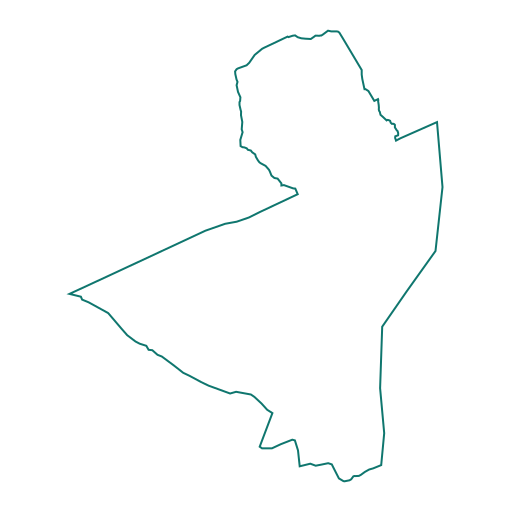 Tema West Municipal, Greater Accra, Ghana
{"feature_id": "2480657B69717792501029", "entity_name": "Tema West Municipal", "entity_type": "district", "adm_level": 2, "iso_a3": "GHA", "parent_name": "Ghana", "parent_adm1": "Greater Accra", "projection": "natural_earth1", "projection_center": [-0.066, 5.653], "detail": "fine", "context": "isolated", "style": "outline", "palette": "teal", "viewbox_px": 512, "rotation_deg": 0, "n_neighbors": 0, "source": "geoboundaries", "source_scale": "gbopen_adm2", "svg_char_len": 2259}
<svg xmlns="http://www.w3.org/2000/svg" viewBox="0 0 512 512"><path d="M69.5,293.9L80.9,296.7L82.1,299.6L88.6,302.3L108.2,313.1L121.6,328.8L127.2,335.2L135.5,341.5L139.7,343.7L146.3,345.8L148.6,349.8L152.3,350.2L157.5,354.8L161.8,356.5L174.3,365.8L183.2,372.8L189.5,375.8L201.2,382.1L208.7,385.7L230.1,393.5L236.1,391.8L250.9,394.5L254.4,396.9L261.5,403.5L267.2,409.8L272.4,413.1L259.7,446.7L262.0,448.3L272.0,448.3L280.8,444.2L292.3,439.7L294.9,440.4L298.0,450.4L299.7,466.3L310.3,463.7L315.7,465.7L321.4,464.6L328.2,463.2L331.8,464.4L333.4,467.6L338.9,478.4L343.4,481.1L344.5,481.3L349.5,480.3L351.2,479.3L353.3,476.4L354.3,476.0L355.1,476.1L358.9,475.9L360.8,474.9L364.9,471.9L369.2,469.5L373.1,468.4L381.2,465.1L384.2,433.2L380.1,388.2L382.2,326.7L406.8,291.2L435.5,251.0L442.5,187.1L437.0,122.1L400.6,138.2L396.0,140.6L395.4,138.6L395.1,137.9L395.3,136.3L398.1,135.3L398.2,133.8L398.1,132.8L397.6,131.1L396.8,130.4L394.9,127.4L394.9,126.3L394.9,124.9L394.3,124.2L393.0,123.7L392.0,123.9L390.7,122.7L390.1,120.8L388.6,120.1L387.2,119.9L386.6,120.4L383.0,117.0L380.5,114.8L379.8,111.9L379.1,110.8L378.8,109.5L378.9,107.6L378.7,105.0L378.1,101.0L378.3,100.1L378.0,99.1L374.3,100.9L368.4,91.0L365.4,89.1L364.5,89.2L364.2,87.9L362.3,79.0L361.7,74.6L361.7,70.0L342.7,38.1L339.4,32.7L338.2,31.7L336.8,31.4L331.3,31.4L328.0,30.7L323.2,34.3L322.2,35.0L321.1,35.6L320.3,35.5L319.2,35.8L317.7,35.7L315.4,35.7L314.1,36.7L310.8,39.0L305.5,38.7L301.3,38.3L297.7,37.2L295.1,35.4L292.8,35.7L290.3,36.5L288.5,37.1L287.6,36.6L264.2,47.7L262.1,48.8L254.7,54.9L249.2,62.8L246.6,65.3L238.0,68.4L236.6,69.2L235.7,70.5L235.1,71.4L235.3,74.0L236.5,79.4L237.5,81.9L236.6,85.2L238.0,91.9L240.4,97.3L240.1,101.0L239.5,102.1L239.5,105.0L240.6,109.9L241.1,111.5L241.0,115.2L242.3,122.0L241.7,129.3L242.6,132.2L240.3,139.9L240.6,146.1L242.5,147.2L244.3,147.4L246.7,148.3L247.9,149.8L250.8,150.5L252.2,152.3L255.2,154.4L255.9,156.9L256.2,157.4L257.9,160.3L259.4,162.3L260.8,163.3L265.6,165.9L269.0,169.8L269.8,171.4L271.5,175.6L274.4,178.0L277.6,178.6L281.4,183.4L281.4,185.5L283.9,185.1L293.2,188.4L295.3,188.6L295.6,189.3L297.7,194.2L260.1,211.9L248.9,217.5L236.7,221.7L225.1,223.8L205.4,230.7L110.1,275.1L72.5,292.5L69.5,293.9Z" fill="none" stroke="#0f766e" stroke-width="2"/></svg>